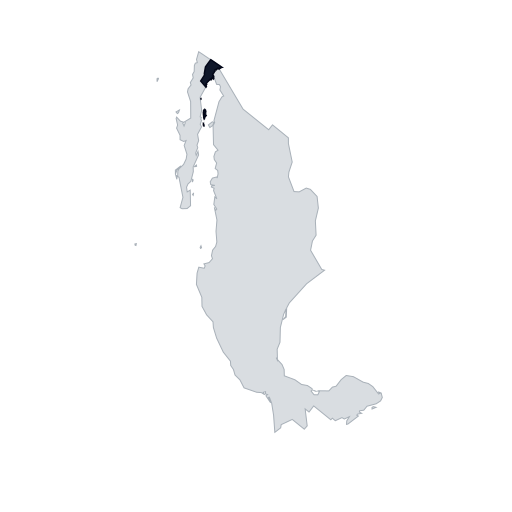 location of Mexicali, Baja California, Mexico, rotated 39°
{"feature_id": "50627088B84599572497035", "entity_name": "Mexicali", "entity_type": "district", "adm_level": 2, "iso_a3": "MEX", "parent_name": "Mexico", "parent_adm1": "Baja California", "projection": "robinson", "projection_center": [-113.946, 30.648], "detail": "fine", "context": "in_parent", "style": "filled", "palette": "ink", "viewbox_px": 512, "rotation_deg": 39, "n_neighbors": 0, "source": "geoboundaries", "source_scale": "gbopen_adm2", "svg_char_len": 7286}
<svg xmlns="http://www.w3.org/2000/svg" viewBox="0 0 512 512"><g transform="rotate(39 256 256)"><path d="M82.9,133.3L110.7,130.8L109.4,133.7L153.5,150.0L186.4,149.9L186.3,143.7L206.8,143.8L210.4,148.2L225.0,160.2L228.8,170.2L231.4,174.1L245.0,182.0L249.2,179.0L252.3,171.6L256.3,170.0L266.0,171.3L274.3,179.5L280.0,191.3L289.6,202.0L290.4,208.8L294.8,217.2L315.6,225.1L318.2,223.9L312.8,245.6L311.4,271.5L312.5,277.0L318.0,284.5L317.0,288.5L317.2,284.5L312.6,278.1L314.2,284.0L319.9,296.2L328.9,307.9L331.1,315.1L337.4,322.5L335.7,322.3L339.3,324.1L338.1,323.0L344.6,324.0L349.3,326.5L353.4,331.3L364.2,327.7L372.2,327.2L377.5,324.3L383.0,323.8L384.2,324.8L383.8,326.3L388.4,327.3L391.4,325.0L390.5,321.2L389.0,322.1L389.4,321.4L397.5,315.0L397.9,309.8L400.2,306.8L400.0,298.4L401.3,292.1L407.6,288.5L418.7,286.6L423.5,284.4L429.0,284.0L438.1,286.1L438.8,284.7L436.4,284.7L439.5,283.7L443.2,286.5L444.0,290.2L442.4,295.2L436.8,302.9L436.8,308.0L433.9,311.1L434.5,312.2L437.1,311.8L434.4,315.0L434.5,316.3L436.3,315.9L433.2,328.7L432.3,329.9L430.3,327.0L429.7,322.1L427.2,327.1L424.5,327.5L421.3,334.1L417.4,334.0L417.2,336.2L395.2,336.2L395.4,343.9L390.4,343.9L402.7,355.8L402.5,360.2L387.0,360.2L381.7,371.2L383.3,374.0L381.6,381.2L370.0,368.8L360.8,360.5L355.2,357.3L354.6,358.1L359.8,360.9L351.7,358.4L352.2,356.4L350.2,357.2L348.8,355.4L347.4,357.4L350.1,358.3L346.1,358.8L342.2,361.5L329.7,366.0L321.5,362.4L314.6,361.7L309.9,358.4L305.3,357.0L302.3,353.8L291.1,351.3L277.1,344.6L267.9,338.4L264.0,334.2L254.6,332.8L245.7,329.1L239.9,322.2L227.6,315.6L221.0,306.4L218.6,300.7L223.5,298.1L222.7,295.7L220.5,294.9L223.7,290.6L223.9,285.5L221.2,283.8L218.6,278.7L218.6,274.0L216.8,269.8L209.4,262.0L203.0,252.6L193.0,244.4L195.9,246.0L196.0,244.2L190.8,242.5L186.8,236.0L189.6,236.2L181.9,231.9L180.8,229.7L177.9,230.5L177.4,229.5L179.6,227.0L175.9,229.0L173.7,227.1L173.1,222.9L175.8,219.2L176.8,219.9L174.8,216.0L172.4,213.6L169.2,213.7L166.9,208.5L162.9,207.3L160.6,205.1L158.9,200.6L159.9,197.7L152.9,196.2L140.6,181.7L139.9,178.3L138.1,177.2L130.1,159.3L129.4,153.8L130.2,152.0L123.5,149.7L121.9,146.8L119.7,145.8L117.4,147.4L108.3,142.0L109.9,145.5L108.8,152.3L110.9,157.7L112.7,167.9L122.0,176.9L125.0,183.0L126.3,182.7L127.1,184.6L128.4,184.8L129.7,188.7L132.4,189.9L134.0,198.2L138.8,202.4L140.4,207.0L142.6,208.5L144.3,214.0L146.2,215.4L145.1,211.2L147.8,213.6L151.1,226.3L154.2,229.9L158.4,239.0L157.8,242.8L158.7,246.2L162.2,249.5L163.4,246.2L173.5,258.1L172.6,262.5L168.8,265.8L166.6,266.2L162.3,256.4L146.6,243.3L145.1,243.5L141.9,239.3L141.3,236.6L142.1,230.4L140.7,224.6L138.3,220.4L130.6,215.3L129.0,210.3L127.7,212.5L123.8,213.4L121.0,210.0L113.8,206.6L112.7,203.6L107.4,199.4L106.9,198.0L112.4,198.8L115.6,197.5L115.5,198.9L118.3,200.3L117.2,196.9L116.0,196.7L118.5,189.9L108.1,177.2L99.5,171.6L98.0,168.8L97.9,164.0L95.8,162.5L95.1,157.1L92.4,154.8L91.9,151.6L88.2,146.7L87.5,144.3L88.7,142.7L86.1,140.7L82.9,133.3ZM140.2,181.9L139.3,185.2L136.5,184.1L137.6,179.2L139.2,178.7L140.2,181.9ZM129.0,181.3L125.0,177.8L123.9,174.1L125.9,175.3L126.4,177.3L128.4,177.8L129.0,181.3ZM442.5,301.9L441.5,300.8L441.9,299.3L444.5,298.1L442.5,301.9ZM142.1,243.4L139.3,240.0L140.9,233.2L140.5,239.3L142.1,243.4ZM105.3,194.8L103.2,194.4L104.6,190.7L105.6,193.4L105.3,194.8ZM69.4,182.8L67.5,180.5L67.9,179.4L68.6,179.5L69.4,182.8ZM144.5,243.5L146.2,246.2L142.6,243.6L144.5,243.5ZM208.5,283.9L208.1,285.0L207.2,284.5L206.8,282.7L208.5,283.9ZM159.4,236.6L160.1,238.6L158.2,236.0L159.4,236.6ZM152.4,222.8L153.4,223.7L151.9,225.6L152.4,222.8ZM156.1,323.4L155.3,323.7L154.3,322.9L155.2,321.7L156.1,323.4ZM386.9,323.8L384.9,324.3L388.3,323.2L386.9,323.8ZM169.0,248.4L168.0,248.2L167.8,246.2L169.0,248.4Z" fill="#d9dde1" stroke="#a8b0b8" stroke-width="1"/><path d="M110.9,156.3L110.9,156.1L110.8,155.9L110.8,155.7L110.7,155.3L109.7,154.8L109.5,154.6L109.4,154.5L109.5,154.5L109.4,154.5L109.4,154.4L109.4,154.1L109.5,153.9L109.6,153.7L109.4,153.6L109.2,153.4L109.0,153.2L108.8,152.8L108.7,152.4L108.7,152.1L108.8,151.2L108.8,150.9L108.7,150.8L108.8,150.7L108.9,150.4L108.9,150.2L108.9,149.6L108.9,149.4L108.9,149.0L109.0,148.9L109.0,148.7L109.2,148.1L109.1,147.5L109.3,146.8L109.4,146.6L109.5,146.4L109.6,146.0L109.8,146.0L110.0,145.8L110.0,145.7L110.0,145.3L109.9,145.0L109.8,144.8L109.6,144.4L109.6,144.0L109.7,143.5L109.7,143.2L109.3,142.5L109.2,142.5L108.8,142.4L108.5,142.5L108.5,142.4L108.2,142.2L108.1,141.9L107.9,141.8L107.9,140.7L108.0,140.1L107.6,138.6L107.8,138.2L107.5,137.9L107.4,137.8L107.0,137.4L106.9,137.3L106.9,137.2L107.0,137.1L107.0,136.9L107.2,136.7L107.4,136.5L107.4,136.4L107.6,136.4L107.6,136.2L107.9,136.0L108.0,135.8L107.9,135.6L107.9,135.4L107.9,135.2L108.0,135.3L108.0,135.2L108.1,134.9L108.2,134.7L108.3,134.6L108.2,134.4L108.2,134.2L108.3,134.0L108.6,134.0L108.7,133.9L108.8,133.9L109.0,133.9L109.0,134.0L109.3,134.1L109.5,134.0L109.7,133.9L109.7,133.7L109.8,133.4L109.8,133.2L109.9,132.9L109.7,133.0L109.7,132.9L109.8,132.5L109.8,132.4L109.7,132.3L109.7,132.1L109.8,132.1L110.0,132.1L110.1,131.9L110.3,131.8L110.3,131.7L110.5,131.3L110.6,131.1L110.7,130.9L110.8,130.8L103.0,131.4L97.3,131.9L97.3,132.5L97.4,135.3L97.7,140.8L101.0,146.7L102.1,147.8L102.9,154.8L110.9,156.3ZM124.8,174.4L124.6,174.4L124.7,174.5L124.4,174.6L124.2,174.6L124.3,174.5L124.1,174.6L124.1,174.8L124.2,175.0L124.2,175.3L124.0,175.5L123.9,175.7L123.9,175.8L123.8,176.0L123.9,176.3L124.1,176.5L124.3,176.7L124.3,176.8L124.5,177.0L124.7,177.4L124.8,177.5L124.9,177.8L125.0,178.0L125.3,178.2L125.5,178.2L125.7,178.4L125.8,178.4L125.8,178.5L125.9,178.8L126.0,179.0L126.3,179.3L126.5,179.4L126.6,179.6L126.9,179.8L127.0,179.8L127.1,180.0L127.3,180.0L127.5,180.2L127.6,180.5L127.8,180.7L127.9,180.9L127.9,181.0L128.0,181.1L128.3,181.3L128.5,181.3L128.6,181.6L129.0,181.8L129.2,182.0L129.4,182.2L129.5,182.2L129.5,181.6L129.6,181.2L129.6,181.3L129.4,181.2L129.1,181.1L129.0,180.9L129.0,180.7L128.9,180.6L128.8,180.2L128.8,179.6L128.9,179.4L128.8,179.1L128.8,178.9L128.8,178.6L128.8,178.4L128.9,178.2L128.7,178.1L128.3,178.0L128.1,178.0L127.9,178.1L127.7,178.1L127.4,178.1L127.1,178.0L126.8,177.9L126.5,177.8L126.5,177.7L126.5,177.2L126.6,176.9L126.8,176.7L126.6,176.6L126.6,176.4L126.5,176.2L126.4,176.0L126.4,175.9L126.3,175.7L126.2,175.7L125.9,175.5L125.9,175.3L125.9,175.2L125.7,175.0L125.5,174.9L125.3,174.8L125.2,174.8L125.2,174.7L124.9,174.6L124.8,174.4L124.8,174.4ZM110.4,143.4L110.3,143.2L110.2,143.2L109.8,143.2L109.8,143.4L109.8,143.7L109.8,143.9L109.8,144.2L109.9,144.4L110.2,144.7L110.5,144.9L110.7,145.0L110.8,145.1L111.0,145.0L111.0,144.9L110.8,144.7L111.0,144.8L111.1,145.0L111.3,145.0L111.5,145.1L111.5,144.9L111.3,144.5L110.8,144.1L110.6,143.8L110.4,143.4L110.5,143.5L110.4,143.4ZM132.3,186.5L132.1,186.4L132.1,186.5L132.3,186.6L132.3,186.8L132.5,186.9L132.5,187.0L132.8,187.1L133.1,187.3L133.3,187.5L133.3,187.8L133.5,187.8L133.7,187.6L133.4,187.4L133.2,187.1L132.7,186.7L132.4,186.5L132.3,186.5ZM110.4,147.1L110.3,146.8L110.1,146.7L110.1,146.8L110.1,147.0L110.3,147.2L110.4,147.1ZM114.2,168.4L114.2,168.5L114.3,168.8L114.2,168.9L114.3,168.8L114.5,168.8L114.5,168.7L114.4,168.5L114.2,168.4ZM131.3,185.7L131.2,185.7L131.3,185.7L131.3,185.8L131.5,185.9L131.4,185.8L131.3,185.7ZM130.4,183.4L130.3,183.5L130.4,183.4Z" fill="#0f172a" stroke="#020617" stroke-width="1.5"/></g></svg>